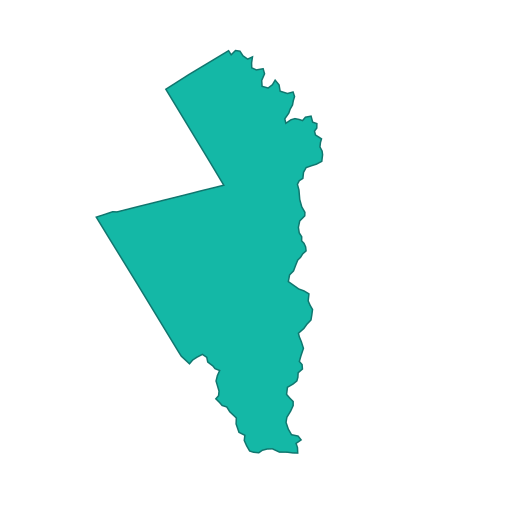 Missal, Paraná, Brazil, rotated 240°
{"feature_id": "56859067B64572394282984", "entity_name": "Missal", "entity_type": "district", "adm_level": 2, "iso_a3": "BRA", "parent_name": "Brazil", "parent_adm1": "Paraná", "projection": "orthographic", "projection_center": [-54.267, -25.107], "detail": "fine", "context": "isolated", "style": "filled", "palette": "teal", "viewbox_px": 512, "rotation_deg": 240, "n_neighbors": 0, "source": "geoboundaries", "source_scale": "gbopen_adm2", "svg_char_len": 2049}
<svg xmlns="http://www.w3.org/2000/svg" viewBox="0 0 512 512"><g transform="rotate(240 256 256)"><path d="M369.5,137.1L345.6,137.7L292.3,139.2L211.9,141.0L206.6,141.2L195.9,144.5L197.6,149.2L197.9,154.0L197.6,160.4L192.9,162.7L188.3,161.2L182.3,163.7L178.9,164.2L175.0,167.3L171.7,162.7L167.7,158.9L163.5,157.9L157.4,156.4L153.7,153.7L152.4,149.8L147.3,151.2L143.5,151.9L139.9,155.2L134.2,155.4L125.6,158.0L120.5,154.8L111.8,153.1L106.3,156.7L102.1,153.6L96.4,153.0L90.3,153.0L87.4,155.6L84.2,160.0L84.6,164.3L83.3,169.1L80.8,173.8L74.5,178.2L70.6,184.8L67.0,189.5L64.5,193.6L69.3,196.1L73.7,197.0L74.2,203.1L79.0,202.4L83.5,197.4L89.9,197.4L96.9,198.8L100.9,202.1L104.4,208.5L107.9,213.4L111.4,215.4L116.0,214.2L120.9,213.3L126.6,217.6L126.6,224.1L127.4,228.9L130.0,231.6L133.8,234.1L134.9,239.7L138.9,241.6L143.0,240.8L147.0,244.9L152.3,250.9L159.1,252.4L164.4,253.1L167.9,254.1L169.3,261.2L171.4,265.8L173.1,271.6L177.1,274.9L181.4,278.2L186.3,278.2L191.0,278.7L196.7,282.9L201.8,280.1L206.1,276.5L217.7,271.2L222.9,275.7L224.3,281.0L228.4,286.0L231.6,290.1L232.6,293.9L234.5,297.5L235.4,301.9L239.0,303.5L242.9,303.9L246.3,303.1L249.8,305.2L254.4,305.0L259.6,307.0L264.5,311.4L266.4,318.3L269.4,320.2L275.7,320.2L283.0,322.1L291.7,326.2L297.4,327.7L299.6,331.2L299.8,335.4L304.7,339.0L307.5,343.6L306.4,349.4L305.3,354.3L305.1,360.3L310.4,364.3L313.8,365.7L318.5,365.9L322.1,368.6L324.7,371.3L331.1,368.0L334.9,369.1L336.4,372.6L340.2,374.9L343.6,372.0L349.6,373.6L351.5,368.2L350.0,364.0L352.7,361.6L355.5,358.4L356.5,354.4L356.0,348.2L360.4,349.5L363.4,355.9L366.1,359.0L368.5,363.1L371.9,366.0L374.8,369.1L379.5,370.1L381.0,364.5L386.7,359.3L392.6,361.5L398.7,360.5L396.1,355.8L395.4,350.5L399.9,346.1L405.2,348.7L409.5,354.5L414.6,355.8L417.0,349.3L421.1,346.4L425.4,348.7L430.2,352.5L430.7,347.2L435.9,344.8L441.4,344.5L444.2,341.0L442.7,335.1L447.5,334.9L446.7,288.4L445.5,261.3L359.2,263.1L333.4,263.5L340.3,239.7L342.3,232.4L357.1,180.9L363.7,157.6L366.0,154.0L369.5,137.1Z" fill="#14b8a6" stroke="#0f766e" stroke-width="1.5"/></g></svg>